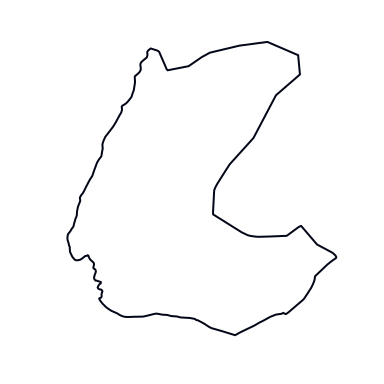 outline of Khounkham, Khammouan, Laos, rotated 260°
{"feature_id": "54806243B26229872021267", "entity_name": "Khounkham", "entity_type": "district", "adm_level": 2, "iso_a3": "LAO", "parent_name": "Laos", "parent_adm1": "Khammouan", "projection": "robinson", "projection_center": [104.542, 18.055], "detail": "fine", "context": "isolated", "style": "outline", "palette": "ink", "viewbox_px": 384, "rotation_deg": 260, "n_neighbors": 0, "source": "geoboundaries", "source_scale": "gbopen_adm2", "svg_char_len": 3191}
<svg xmlns="http://www.w3.org/2000/svg" viewBox="0 0 384 384"><g transform="rotate(260 192 192)"><path d="M326.7,292.3L327.9,264.1L326.1,233.8L323.2,225.2L316.5,210.5L316.1,189.2L316.7,188.7L317.9,188.2L320.6,187.6L335.7,184.0L336.4,183.4L337.3,182.4L340.5,176.3L339.2,173.7L337.8,172.3L337.0,172.1L334.8,172.0L333.6,171.5L332.5,170.9L331.9,170.1L330.1,166.8L328.6,164.5L327.0,163.4L325.7,163.2L323.6,163.1L321.5,162.8L320.2,162.0L318.9,160.8L317.9,159.3L316.3,156.6L315.9,155.9L314.8,155.5L311.8,155.2L309.8,154.9L306.0,153.6L302.2,152.3L299.8,150.8L297.6,149.7L296.1,148.9L294.9,147.6L292.1,144.4L290.7,142.4L289.8,140.4L289.1,138.4L288.2,137.6L286.7,137.5L285.2,137.4L283.1,136.4L281.8,135.5L280.4,134.2L277.9,132.2L273.8,129.0L270.0,125.6L265.1,120.3L261.2,116.0L259.0,114.6L257.7,113.7L255.2,112.4L253.6,111.9L250.8,111.7L249.5,111.3L246.0,110.0L243.3,109.1L242.2,108.2L240.1,105.9L237.3,103.5L234.2,101.7L229.4,98.9L225.1,96.6L222.6,94.2L219.8,91.9L214.3,87.7L212.4,86.4L209.8,84.3L208.4,82.6L206.4,80.9L205.3,80.5L204.0,80.5L202.8,80.4L201.1,79.5L197.4,77.2L195.2,76.3L192.2,75.2L189.6,74.7L187.6,73.8L186.6,73.0L181.1,70.3L178.7,69.3L178.4,69.0L177.5,68.2L177.1,67.6L176.1,66.7L174.3,65.2L173.6,64.4L172.7,63.3L171.9,62.6L170.7,62.0L169.1,61.5L167.6,61.2L165.8,61.2L162.8,61.6L160.5,61.6L159.6,62.0L158.5,62.0L157.7,61.8L154.3,61.5L152.5,61.9L149.0,62.9L147.5,63.7L145.7,64.8L144.9,66.0L144.6,67.8L144.7,70.2L145.8,72.7L147.4,75.5L147.5,76.4L147.4,77.2L147.8,78.3L147.3,78.9L145.9,79.1L143.8,79.7L143.7,79.7L141.9,81.0L140.6,82.0L139.5,82.8L138.5,83.0L137.5,82.9L136.2,82.3L134.6,81.7L133.9,81.8L133.4,82.3L132.4,83.3L131.5,83.5L130.3,83.5L129.0,82.9L127.3,81.8L125.4,80.9L123.6,80.6L122.3,81.1L121.5,81.7L121.3,82.7L119.9,85.2L119.2,86.5L118.5,86.5L117.8,86.1L117.2,84.8L116.4,83.9L114.9,82.8L114.2,82.5L113.0,83.0L112.5,83.6L111.7,85.3L111.4,85.8L110.5,86.4L109.7,86.5L107.9,85.5L106.6,85.1L105.8,85.0L105.1,84.9L104.0,84.4L103.7,83.9L103.5,82.5L103.1,82.1L102.1,82.3L100.0,83.2L97.3,84.7L93.5,87.4L91.0,89.8L88.9,92.1L87.7,93.9L86.1,96.3L85.1,97.7L83.7,99.1L82.0,101.5L80.7,104.2L80.1,106.8L79.7,109.3L79.3,112.6L78.3,118.8L77.8,122.0L77.9,125.5L78.4,132.4L78.5,135.2L78.1,136.9L76.4,141.3L75.2,146.3L73.5,149.8L72.0,155.6L70.5,158.8L69.7,162.1L68.3,168.1L66.4,173.0L65.6,173.6L65.2,173.9L64.7,175.4L60.5,180.8L55.9,185.7L54.5,187.7L49.7,197.5L43.5,209.6L45.5,215.4L47.5,222.5L49.5,229.8L51.7,235.8L53.0,240.2L55.5,247.5L56.7,253.5L56.5,258.9L57.1,260.9L56.4,261.7L55.5,263.2L55.6,263.7L55.9,264.3L56.7,266.0L66.5,282.6L67.4,283.8L69.8,286.1L72.2,288.4L74.1,290.1L77.0,292.8L79.9,294.9L82.3,296.4L84.4,297.5L87.7,298.6L97.1,312.8L98.7,315.7L100.4,319.0L101.9,322.3L102.5,322.7L102.9,322.8L103.5,322.7L105.1,321.9L107.7,319.9L118.6,306.0L139.5,293.7L139.6,293.2L139.4,292.3L139.0,291.0L133.4,279.7L132.9,278.8L132.6,278.0L132.4,277.0L132.6,276.3L132.7,275.4L134.5,262.0L136.4,249.2L137.3,245.9L138.8,241.4L139.9,239.2L143.7,233.9L166.2,209.0L166.9,209.0L167.9,209.1L169.7,209.5L188.4,213.8L190.1,214.3L191.7,215.3L193.3,216.4L195.9,218.5L205.9,227.6L212.7,233.9L234.5,261.9L272.7,291.5L289.0,318.7L308.3,320.3L326.7,292.3Z" fill="none" stroke="#020617" stroke-width="2"/></g></svg>